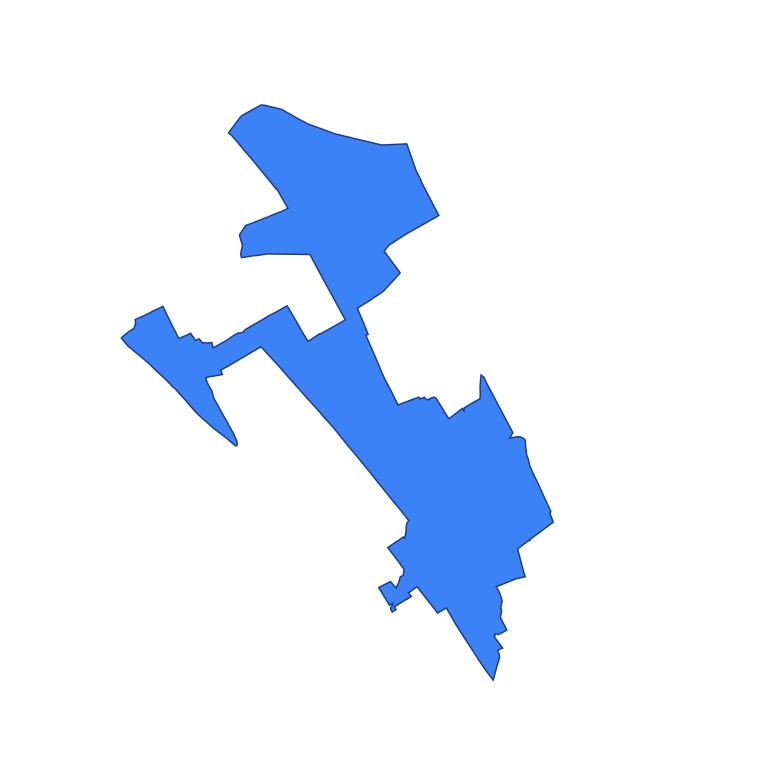 Cuautitlán, México, Mexico, rotated 320°
{"feature_id": "50627088B95274717279759", "entity_name": "Cuautitlán", "entity_type": "district", "adm_level": 2, "iso_a3": "MEX", "parent_name": "Mexico", "parent_adm1": "México", "projection": "robinson", "projection_center": [-99.166, 19.705], "detail": "fine", "context": "isolated", "style": "filled", "palette": "blue", "viewbox_px": 768, "rotation_deg": 320, "n_neighbors": 0, "source": "geoboundaries", "source_scale": "gbopen_adm2", "svg_char_len": 6126}
<svg xmlns="http://www.w3.org/2000/svg" viewBox="0 0 768 768"><g transform="rotate(320 384 384)"><path d="M231.6,336.8L232.0,336.2L232.6,335.8L232.9,335.8L233.5,334.9L234.7,332.8L235.3,330.6L235.9,328.4L236.8,325.6L237.1,324.3L237.6,321.2L238.1,318.6L238.8,314.8L239.2,314.3L239.6,311.0L240.2,307.8L240.5,306.2L240.9,303.8L242.0,298.4L242.5,296.0L243.0,293.7L244.0,288.1L245.0,284.2L246.4,281.4L247.7,278.6L248.1,276.0L248.9,271.7L249.9,268.1L251.4,264.7L254.2,265.8L257.6,267.8L260.9,269.8L266.2,272.8L268.0,268.4L274.8,269.9L279.7,270.7L300.9,274.2L313.7,276.4L314.9,302.0L315.1,314.2L315.6,331.1L316.0,346.4L316.2,351.1L316.7,362.5L316.6,366.9L317.0,378.1L317.2,385.7L316.9,398.9L316.8,405.1L316.7,409.1L316.8,415.6L316.8,418.4L316.7,425.8L316.6,436.9L316.5,437.8L316.5,443.3L316.2,453.3L315.8,473.3L315.7,477.9L315.6,480.8L315.7,483.8L315.6,488.1L315.6,490.5L315.6,491.7L315.5,495.2L315.5,495.9L315.4,499.7L315.3,502.6L315.2,504.2L315.2,504.7L314.3,504.6L313.1,505.0L312.0,505.5L311.1,506.1L310.0,506.8L309.1,507.7L308.4,508.6L307.1,510.1L304.7,512.4L302.5,514.2L301.4,514.9L300.4,515.3L300.5,513.7L281.7,511.7L281.0,527.3L280.5,534.6L280.2,538.9L275.6,543.1L272.8,542.1L267.2,545.7L262.2,548.0L262.0,539.5L249.1,536.5L246.0,557.0L249.6,557.6L248.0,558.9L247.5,559.1L245.7,559.5L245.0,559.9L244.4,560.8L244.0,562.6L243.7,564.0L248.2,564.5L248.7,561.4L263.3,563.4L263.4,563.6L264.5,563.7L265.2,563.8L268.5,564.3L268.4,559.8L279.0,560.5L277.9,594.0L287.8,595.6L285.7,607.8L284.8,612.3L284.2,616.5L284.1,617.6L282.9,626.0L281.2,640.6L279.3,655.1L277.8,670.2L277.3,681.0L277.9,680.7L278.0,680.6L280.8,678.7L284.5,676.0L288.2,673.4L291.8,671.0L294.0,669.6L296.7,667.7L297.7,666.6L297.8,666.2L298.4,665.1L299.2,663.0L299.5,661.3L300.8,661.4L302.8,661.8L305.1,662.6L306.0,647.9L307.0,648.3L308.2,647.3L308.8,646.8L310.5,649.3L311.2,649.6L319.8,651.5L320.7,648.1L323.1,637.6L324.5,636.3L326.2,635.1L327.5,634.1L328.3,633.2L329.0,632.3L329.3,631.2L329.4,630.6L332.7,628.1L334.4,626.7L335.6,625.0L336.4,623.3L336.7,622.7L338.5,617.5L339.7,611.4L349.8,614.8L360.2,618.2L368.3,622.4L369.6,619.0L375.5,606.4L380.4,596.1L394.8,596.9L394.7,597.4L395.7,597.4L395.8,596.9L400.5,597.2L421.3,598.4L423.6,598.6L424.8,598.7L426.9,592.8L427.3,591.1L427.5,590.4L428.3,589.9L429.6,589.1L430.0,588.7L430.2,588.0L430.8,585.3L432.6,578.8L436.1,566.2L438.7,556.7L439.9,551.4L443.4,539.6L445.8,535.0L446.1,534.5L447.4,530.6L449.6,527.1L453.3,521.5L455.8,518.5L456.1,517.2L456.0,516.5L456.0,516.1L456.0,515.7L455.8,515.0L455.5,514.4L455.1,513.5L454.6,512.5L454.1,511.9L453.7,511.5L453.1,511.0L451.9,509.8L445.4,506.4L451.5,504.0L455.5,485.0L455.6,484.6L456.4,480.8L456.8,479.0L457.3,476.4L458.8,469.6L460.0,464.4L462.7,451.6L463.5,448.0L464.1,445.8L464.8,443.1L464.1,439.5L460.4,443.1L455.8,447.9L451.6,453.2L448.1,457.0L444.6,456.3L442.8,455.9L437.0,454.9L436.8,454.9L430.2,453.9L428.0,456.0L428.4,453.1L416.3,452.6L411.3,452.4L411.6,450.0L414.4,430.4L414.9,428.4L413.8,426.1L413.5,425.9L406.7,423.9L406.5,423.5L406.5,420.2L402.1,418.7L402.3,416.8L402.1,416.4L394.0,413.5L381.9,409.2L381.3,409.2L382.6,403.6L384.0,397.8L384.9,394.3L386.8,385.0L388.8,376.7L390.0,373.0L395.2,356.2L401.4,335.1L402.1,335.2L403.8,335.8L408.1,322.3L412.3,308.8L412.9,308.9L421.8,310.2L427.0,310.9L432.6,311.4L433.8,311.6L437.2,312.0L440.8,312.4L443.8,312.5L445.8,312.2L449.2,311.8L453.3,311.3L460.5,310.3L467.7,309.3L467.8,309.2L469.5,282.4L477.0,280.8L487.5,282.1L498.1,283.5L511.0,285.9L532.8,289.9L534.3,290.2L538.6,270.7L542.7,252.5L542.9,252.3L543.2,252.0L543.3,251.5L545.2,243.5L545.0,243.2L549.6,231.0L555.8,214.7L545.8,207.1L535.9,199.5L523.3,182.6L518.3,175.8L510.7,165.6L510.3,164.9L506.1,159.3L505.7,158.2L498.1,145.0L493.1,136.3L488.7,125.6L482.1,107.9L472.0,94.1L469.3,91.3L466.2,90.6L447.4,87.0L445.1,87.3L427.9,91.3L426.3,91.9L427.1,95.6L427.1,98.9L427.1,102.4L427.2,104.0L427.3,105.7L427.1,107.5L427.2,109.1L427.2,110.8L427.1,112.4L427.1,114.2L427.1,115.9L427.1,117.5L427.1,119.2L427.2,120.9L427.1,122.1L427.2,122.4L427.3,129.1L427.2,136.3L427.1,142.2L427.0,150.6L426.9,157.9L426.7,165.1L427.4,165.1L427.0,167.6L423.3,187.5L420.2,187.0L416.1,185.9L411.7,184.3L410.0,183.8L407.7,183.0L402.6,181.5L399.1,180.2L393.6,178.5L389.5,177.0L385.2,175.6L381.5,174.3L380.3,173.6L376.7,174.6L372.7,175.8L370.1,176.5L368.6,177.6L367.5,180.4L364.6,186.9L359.8,190.6L357.8,192.3L356.0,195.5L359.2,197.5L363.0,199.8L366.8,202.0L369.7,204.2L376.3,208.1L378.2,209.3L384.1,214.4L394.8,223.6L402.8,230.5L410.5,237.2L409.5,242.0L408.5,246.7L406.7,255.2L404.1,267.9L401.0,283.5L397.1,302.5L395.6,310.1L382.6,307.6L367.2,304.7L366.8,304.1L353.1,302.6L353.7,299.2L354.5,293.6L355.3,288.8L356.1,285.0L357.8,275.3L357.8,275.2L360.1,262.0L360.1,261.9L359.7,261.8L345.1,259.0L341.8,258.2L335.9,257.1L331.7,256.5L326.2,255.5L321.6,254.6L319.0,254.2L314.5,253.5L312.8,253.3L311.4,253.1L310.4,253.8L309.4,253.6L308.4,253.3L307.5,253.0L306.6,252.5L305.9,251.9L305.4,251.4L302.9,250.8L301.4,250.4L295.8,249.8L291.8,249.4L288.4,248.8L276.4,246.5L277.1,245.0L277.7,243.4L278.8,241.6L275.1,239.1L272.3,236.4L271.9,236.4L271.3,235.9L271.5,232.0L271.5,231.7L271.3,231.2L271.3,230.5L267.4,229.4L268.1,226.2L268.2,225.2L268.0,224.8L268.1,223.8L268.2,222.7L268.5,220.9L266.8,220.4L265.2,220.0L262.1,219.1L259.0,218.2L256.8,217.6L256.1,217.3L256.7,214.4L258.3,207.9L258.4,207.2L259.1,204.0L260.0,200.3L261.1,196.0L261.3,194.9L261.6,194.0L261.9,192.7L262.2,191.3L263.7,186.0L264.5,182.4L257.7,180.7L255.2,180.0L254.4,179.8L253.3,179.5L252.9,179.4L251.6,179.2L250.4,178.9L248.6,178.5L248.3,178.5L244.5,177.5L241.2,176.6L238.3,175.7L234.8,174.7L234.5,175.3L233.4,176.7L232.9,177.4L232.0,178.5L231.7,178.6L230.5,179.5L229.4,180.1L228.6,180.4L227.4,180.6L225.3,180.3L222.1,179.9L220.3,179.9L216.8,179.7L212.3,179.9L212.2,181.8L212.3,191.1L213.2,194.5L213.8,199.1L214.6,203.0L216.0,210.6L217.2,217.9L217.4,220.5L217.8,225.3L218.4,230.1L219.3,236.9L219.8,241.6L220.2,247.7L220.3,251.1L220.7,251.5L220.9,253.0L221.0,255.6L221.2,262.2L221.5,268.0L221.5,277.0L221.8,285.2L222.7,293.5L224.0,301.4L224.8,307.4L228.6,324.7L230.4,335.8L231.6,336.8Z" fill="#3b82f6" stroke="#1e3a8a" stroke-width="1.5"/></g></svg>